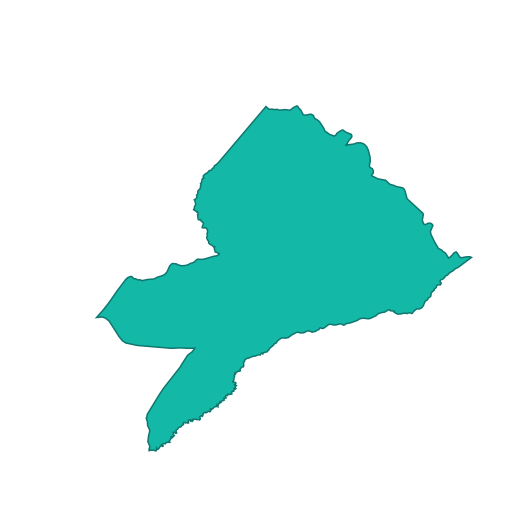 outline of Banteay Ampil, Otdar Mean Chey, Cambodia, rotated 61°
{"feature_id": "14789045B51919019110008", "entity_name": "Banteay Ampil", "entity_type": "district", "adm_level": 2, "iso_a3": "KHM", "parent_name": "Cambodia", "parent_adm1": "Otdar Mean Chey", "projection": "equal_earth", "projection_center": [103.311, 14.149], "detail": "fine", "context": "isolated", "style": "filled", "palette": "teal", "viewbox_px": 512, "rotation_deg": 61, "n_neighbors": 0, "source": "geoboundaries", "source_scale": "gbopen_adm2", "svg_char_len": 6131}
<svg xmlns="http://www.w3.org/2000/svg" viewBox="0 0 512 512"><g transform="rotate(61 256 256)"><path d="M373.4,443.5L374.6,443.8L374.4,442.1L375.2,441.8L375.2,441.2L376.5,439.4L378.0,438.0L377.1,436.8L375.7,436.1L377.5,435.7L377.4,434.6L375.8,431.6L375.8,431.1L377.3,430.0L377.4,429.6L376.9,429.3L375.1,429.7L375.5,427.3L376.3,426.5L375.7,425.1L375.9,424.1L377.2,421.7L375.9,421.7L375.1,419.9L374.5,419.3L374.3,417.8L373.7,418.4L372.9,417.7L372.9,417.2L373.9,416.6L373.5,414.5L371.9,414.7L370.0,413.8L370.5,412.8L371.9,412.3L372.4,411.7L372.2,411.1L369.9,410.7L369.5,410.1L369.5,408.6L368.5,406.8L368.5,406.2L369.1,404.5L368.5,403.6L368.3,401.5L368.0,400.9L366.8,400.6L366.6,399.9L366.8,399.3L367.9,398.6L368.3,397.0L369.2,396.6L369.3,395.9L367.2,395.0L366.8,394.5L367.0,393.3L368.6,393.3L368.2,392.2L368.1,390.8L368.5,390.8L369.1,392.1L369.7,392.1L369.6,391.2L368.7,390.1L368.8,389.3L369.3,388.0L370.5,387.0L371.0,385.7L372.0,384.9L371.5,383.6L369.4,383.3L369.2,381.2L369.4,380.7L370.2,380.7L370.1,380.2L368.9,379.1L368.3,379.1L367.8,376.5L368.8,376.0L368.8,375.1L369.0,374.8L368.7,373.1L368.9,372.4L369.8,372.1L369.9,371.5L368.7,369.6L367.6,370.1L367.5,369.7L368.5,368.5L368.7,367.9L367.8,365.5L368.8,362.8L369.4,362.4L368.7,362.2L368.1,361.4L367.4,362.5L367.0,362.1L367.2,361.1L367.0,357.6L366.2,358.2L366.0,356.4L366.6,354.8L366.6,353.5L365.0,353.5L364.8,352.9L365.0,352.4L365.7,351.3L365.4,350.8L364.0,351.0L363.4,350.1L364.2,348.7L363.5,348.4L363.2,347.5L364.1,346.9L364.1,346.3L365.0,344.1L363.1,343.2L363.2,342.6L362.9,342.2L363.5,341.1L362.5,340.3L362.3,338.1L361.1,339.1L360.9,338.5L361.0,337.8L360.3,337.2L359.8,336.0L359.5,336.3L359.7,337.0L358.3,337.2L358.3,336.4L357.5,335.2L356.6,335.3L356.4,336.0L355.6,336.4L355.4,337.3L354.5,337.3L353.9,335.5L352.8,335.1L350.7,333.0L350.0,333.1L349.3,331.3L348.9,331.7L348.2,331.4L348.7,330.9L348.1,329.5L348.3,328.4L347.9,327.8L348.7,326.6L348.8,325.3L347.2,324.9L346.4,322.3L346.3,321.1L346.8,320.7L345.7,319.7L343.2,318.7L342.6,317.1L341.5,316.3L341.3,314.7L341.0,314.2L341.7,312.1L342.2,307.6L343.1,305.5L343.7,301.4L344.7,300.1L343.7,298.8L343.9,297.9L345.0,297.5L344.0,296.5L344.6,295.2L344.4,294.6L344.8,294.2L345.2,292.5L344.5,291.5L344.5,290.5L343.5,289.1L342.4,283.7L341.6,282.9L342.0,280.9L340.6,278.2L340.1,273.9L340.3,272.8L342.0,270.3L343.0,267.4L342.4,262.9L342.5,257.6L343.1,256.1L344.0,255.4L345.4,253.5L345.6,252.5L346.3,251.6L346.5,246.7L347.6,245.9L348.2,244.8L349.7,244.1L350.0,243.5L350.2,242.1L350.8,240.6L350.5,238.2L350.9,236.9L349.9,235.0L350.2,234.3L351.1,233.8L351.8,232.6L352.0,231.5L351.2,226.3L351.5,224.3L354.3,221.1L355.3,218.7L356.0,215.7L356.6,214.7L357.1,214.1L358.9,213.0L359.2,211.9L358.9,209.9L360.3,205.8L361.5,198.4L361.2,196.5L361.6,194.2L362.9,191.6L365.4,188.2L366.0,186.1L366.4,180.0L365.7,176.9L366.4,173.6L367.5,170.5L367.3,167.1L367.6,165.5L367.8,165.2L369.0,165.1L371.0,162.1L371.6,162.6L372.1,162.4L372.4,161.8L373.4,161.8L375.5,160.3L376.8,157.5L378.3,152.9L379.5,152.1L379.8,149.9L380.3,148.9L381.9,147.6L381.9,147.2L380.9,145.0L380.3,142.2L380.3,140.7L381.6,138.7L381.6,136.0L380.6,133.8L377.7,130.1L377.4,127.4L376.9,126.3L376.3,125.7L376.2,123.5L375.7,122.4L373.1,120.6L372.2,116.6L371.5,116.3L371.0,113.9L369.5,112.2L369.7,109.9L370.6,108.9L370.3,107.9L369.2,107.1L367.5,107.5L366.5,106.4L366.7,103.1L366.1,101.3L365.3,99.7L365.5,97.8L364.5,94.6L364.5,91.3L363.7,87.5L364.0,85.1L361.7,68.2L360.2,69.5L358.7,72.5L357.0,77.4L355.6,78.3L350.8,78.6L349.4,79.0L349.3,81.6L350.4,84.1L351.2,87.4L351.1,88.5L345.2,88.9L342.6,90.4L340.6,90.8L337.9,92.8L330.4,93.0L321.7,92.5L318.9,91.4L315.1,86.5L313.7,86.5L311.8,87.5L310.7,89.9L310.9,92.0L309.9,93.6L307.9,93.7L305.2,93.1L300.8,89.5L299.5,89.3L279.2,96.1L271.1,94.1L269.1,94.1L267.4,94.7L263.6,99.3L261.1,101.2L258.1,104.2L252.6,105.9L247.5,112.1L241.8,115.9L241.1,115.5L240.3,113.2L238.6,112.1L236.0,112.0L234.1,113.2L232.8,113.3L231.6,112.8L228.5,110.1L224.5,108.2L217.9,106.5L214.5,106.2L212.4,106.6L209.7,107.7L207.4,110.0L205.9,113.3L205.6,115.9L203.1,122.2L202.8,123.7L202.4,123.5L201.9,121.7L200.5,119.9L198.6,114.9L197.5,113.9L195.8,113.7L191.2,117.4L187.9,118.9L187.5,120.5L187.7,124.4L188.0,125.9L189.0,127.6L189.0,129.5L185.2,132.7L179.9,135.2L177.1,134.8L169.8,135.3L167.7,135.9L163.9,138.0L160.9,137.7L159.0,138.8L158.3,139.8L157.0,144.0L155.8,145.8L155.2,146.2L150.1,146.1L146.8,147.0L145.3,146.9L144.5,147.6L144.3,151.0L145.0,155.5L142.0,159.7L139.8,164.8L138.0,166.4L136.9,168.9L135.6,170.4L133.9,173.6L130.1,174.8L156.3,244.2L156.9,247.1L156.8,248.1L157.3,249.2L158.4,250.0L158.2,251.4L159.3,254.0L158.6,255.5L159.7,258.4L159.6,260.4L160.1,262.9L161.3,263.9L162.5,263.7L162.5,265.7L165.4,268.1L165.7,269.4L167.1,269.5L167.7,270.5L169.8,271.8L170.9,275.2L173.5,277.0L173.9,278.5L175.6,278.9L176.3,279.7L176.8,281.0L176.9,282.8L178.4,282.7L181.6,283.7L183.1,286.0L184.6,287.0L185.0,288.0L185.5,288.1L188.4,286.3L188.9,286.4L188.9,285.8L190.2,285.8L191.3,286.3L191.5,287.1L195.9,288.8L196.9,288.3L197.3,286.8L198.6,287.1L201.2,286.1L202.2,286.2L204.4,288.9L205.1,289.3L205.7,288.8L206.9,286.3L209.1,285.7L211.9,286.8L212.4,287.9L214.3,288.5L216.1,290.3L218.5,290.6L219.8,290.2L221.7,291.1L223.9,290.4L225.2,289.3L227.4,288.7L228.0,287.7L228.6,288.7L232.9,289.7L233.4,288.8L235.0,288.0L235.7,287.1L236.1,286.9L236.8,287.6L236.7,290.6L235.8,292.9L233.7,302.4L232.7,305.1L230.5,308.5L230.4,309.6L231.3,312.6L231.2,315.2L230.7,316.5L230.7,319.2L230.2,322.1L228.4,325.9L226.1,328.3L224.4,329.4L222.2,332.4L222.0,333.4L222.8,336.2L226.8,341.6L227.8,344.5L227.8,347.5L226.7,352.7L226.6,356.4L223.8,362.7L222.4,367.4L220.4,369.2L220.0,370.5L217.7,372.3L216.7,373.6L214.5,374.6L213.8,374.5L213.0,376.0L212.7,378.3L213.2,380.9L219.1,394.2L225.6,407.4L229.3,416.2L232.5,425.3L234.7,420.1L237.3,417.8L241.7,416.0L260.6,414.8L265.4,413.9L269.0,412.0L276.8,403.0L295.5,375.1L299.8,366.5L303.6,360.5L307.0,354.2L308.9,358.4L309.6,363.8L315.3,374.6L316.1,375.5L326.7,400.6L330.3,407.7L341.7,427.8L343.5,429.2L344.5,430.6L348.2,431.3L351.7,433.0L356.8,433.4L358.1,434.2L361.0,437.0L366.0,440.6L371.2,441.2L373.4,443.5Z" fill="#14b8a6" stroke="#0f766e" stroke-width="1.5"/></g></svg>